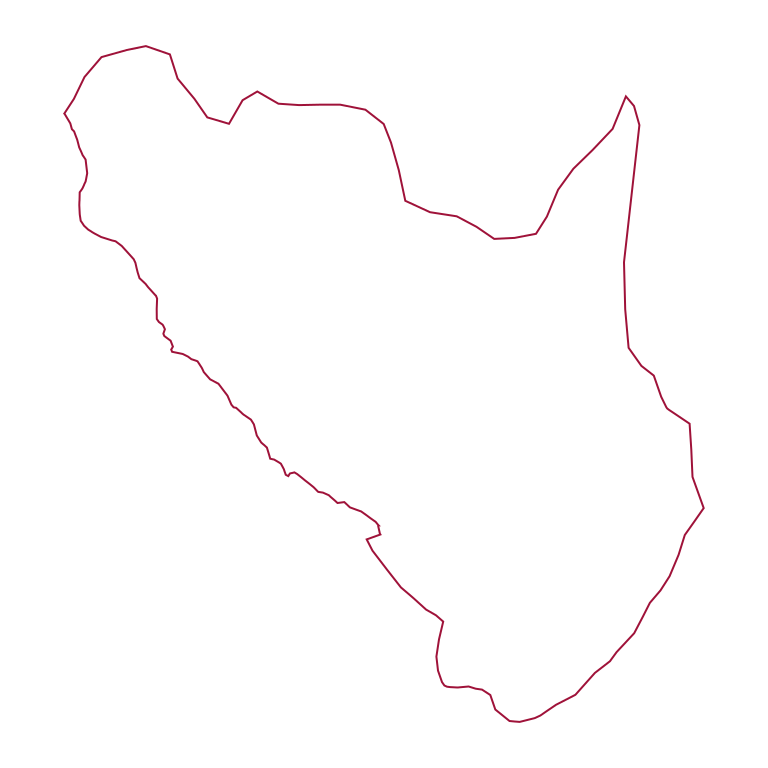 Mayo-Boneye, Mayo-Kebbi Est, Chad
{"feature_id": "50815135B64807508580818", "entity_name": "Mayo-Boneye", "entity_type": "district", "adm_level": 2, "iso_a3": "TCD", "parent_name": "Chad", "parent_adm1": "Mayo-Kebbi Est", "projection": "albers", "projection_center": [15.551, 10.251], "detail": "fine", "context": "isolated", "style": "outline", "palette": "rose", "viewbox_px": 768, "rotation_deg": 0, "n_neighbors": 0, "source": "geoboundaries", "source_scale": "gbopen_adm2", "svg_char_len": 3341}
<svg xmlns="http://www.w3.org/2000/svg" viewBox="0 0 768 768"><path d="M625.9,96.4L612.6,128.9L592.5,150.1L573.4,168.7L558.1,189.7L546.9,216.6L536.0,233.8L514.6,237.9L494.2,238.9L476.5,226.8L456.7,216.3L430.0,212.2L405.3,200.8L398.8,170.2L391.0,142.6L383.7,124.0L365.4,109.7L340.3,104.7L318.9,104.7L299.2,105.1L278.4,103.7L257.3,91.5L242.6,100.2L229.0,123.8L207.3,117.4L194.4,98.8L177.6,78.6L169.9,54.4L145.9,46.1L126.8,50.0L101.5,57.1L84.5,77.0L73.9,98.9L64.3,113.6L64.7,114.0L66.6,117.2L70.2,123.2L70.4,123.7L71.9,129.2L74.1,131.4L75.6,135.5L77.2,139.7L78.2,143.5L79.2,147.4L81.0,151.3L82.7,155.3L83.5,156.4L85.6,159.6L87.2,173.2L86.2,178.6L85.6,181.5L84.3,184.2L83.9,185.3L82.4,188.5L81.3,190.1L79.7,192.3L79.6,196.8L79.5,200.7L79.4,201.7L79.3,205.2L79.7,213.5L79.8,214.8L80.7,220.8L82.1,222.8L82.9,224.0L84.0,225.7L88.2,229.6L91.1,231.4L92.1,232.1L94.5,233.5L101.1,237.0L112.2,240.5L114.9,241.1L115.6,241.3L121.8,246.0L123.5,247.9L133.7,259.2L135.4,262.8L136.2,266.3L136.5,267.7L137.7,272.5L139.5,278.2L140.6,279.2L144.5,282.9L145.7,284.0L145.8,284.2L148.2,287.3L152.2,291.7L155.9,295.8L156.0,295.8L157.1,298.6L157.0,301.3L156.7,308.9L156.8,319.0L158.9,322.0L162.4,324.5L162.7,324.8L163.5,326.2L164.9,329.2L163.7,332.7L163.4,333.6L163.4,333.8L164.3,336.0L166.4,337.6L170.6,340.7L172.0,344.3L172.1,344.6L172.9,346.6L172.3,347.7L171.2,349.6L171.4,350.0L172.1,351.8L172.6,351.9L181.9,353.8L182.0,353.8L183.0,354.1L188.0,356.6L189.7,357.9L191.4,359.2L192.1,359.4L196.0,360.7L197.5,361.3L199.7,364.6L200.0,365.1L201.7,367.7L202.6,369.5L203.8,372.1L206.5,375.2L210.1,379.3L218.5,383.8L227.5,395.7L230.8,403.3L231.4,404.7L231.6,404.9L233.6,407.3L235.0,407.6L235.3,407.7L236.1,407.8L240.6,411.9L241.4,412.6L241.7,413.0L243.4,414.5L248.4,417.9L250.9,419.6L252.5,422.1L253.9,424.4L256.8,435.5L261.2,442.5L263.1,444.2L264.0,444.9L266.9,447.6L267.7,450.2L269.4,455.8L270.2,458.7L272.8,459.3L273.9,459.5L274.2,459.6L279.1,462.5L280.9,463.7L282.7,467.0L283.9,469.3L284.7,471.8L285.3,473.4L285.7,474.7L285.8,474.8L288.3,476.1L289.9,473.5L291.4,473.1L292.1,473.0L294.4,472.4L295.9,473.3L297.1,474.0L301.4,477.4L304.9,480.3L308.0,482.7L308.9,483.4L309.9,484.2L313.6,487.2L315.0,488.6L317.7,491.4L318.3,491.9L322.9,492.6L328.8,495.2L330.5,496.8L334.8,500.5L337.5,503.0L344.3,502.1L345.1,502.8L349.3,506.8L350.0,507.4L358.2,510.4L358.3,510.4L359.3,510.8L361.1,511.4L366.3,515.1L370.6,518.3L375.7,521.9L376.9,523.4L377.8,524.5L378.4,525.2L378.5,525.3L378.2,525.3L378.2,526.1L379.2,530.6L379.3,531.0L379.4,531.4L379.5,531.9L379.8,533.4L380.0,533.8L380.4,534.5L376.2,536.0L366.7,539.4L372.5,550.7L387.2,569.9L400.9,587.4L413.3,598.0L426.1,609.6L436.0,615.3L443.2,621.6L439.0,639.4L436.4,656.6L438.0,670.6L442.0,682.1L444.4,685.5L447.0,686.7L450.2,687.1L457.6,687.5L468.6,686.5L475.7,688.7L482.0,689.6L490.3,695.0L495.3,709.5L497.5,711.3L509.5,721.0L514.6,721.5L519.7,721.9L534.8,718.1L540.4,715.5L546.6,711.2L556.0,704.8L575.4,694.8L594.9,672.9L610.0,661.2L611.2,659.5L616.6,652.1L634.2,633.2L642.9,616.6L646.4,609.7L649.9,602.8L660.5,590.4L669.6,576.2L678.6,554.8L684.8,535.0L694.0,522.0L703.7,508.1L692.5,476.9L692.0,465.7L691.3,449.7L689.6,423.7L674.9,413.8L669.2,410.0L667.2,408.5L666.3,407.2L661.2,396.8L653.8,375.6L641.4,365.9L628.6,347.8L625.2,309.3L624.0,262.3L639.4,125.1L634.0,106.0L625.9,96.4Z" fill="none" stroke="#9f1239" stroke-width="2"/></svg>